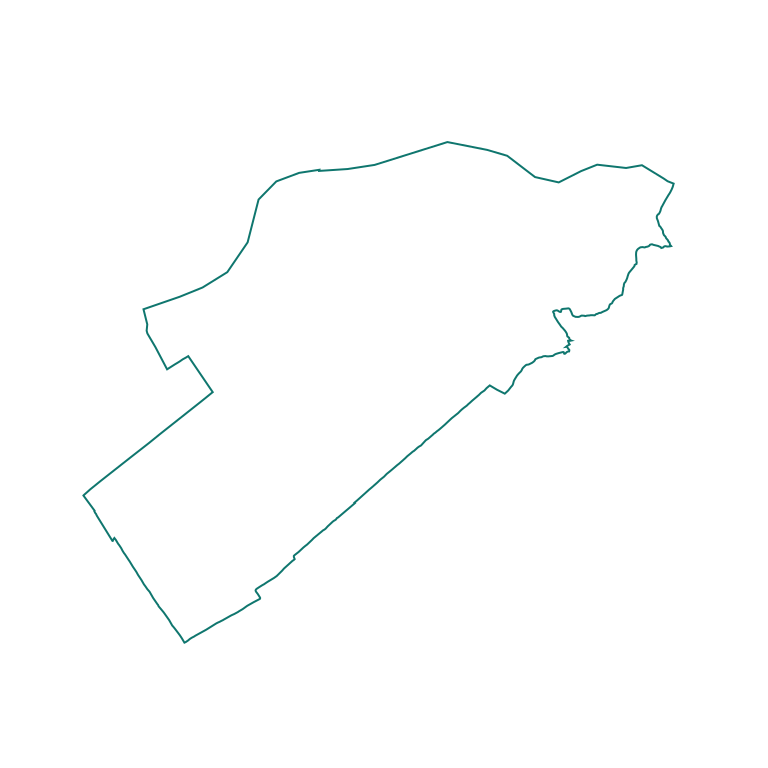 outline of Banesti, Prahova, Romania, rotated 83°
{"feature_id": "2599482B67789430920031", "entity_name": "Banesti", "entity_type": "district", "adm_level": 2, "iso_a3": "ROU", "parent_name": "Romania", "parent_adm1": "Prahova", "projection": "albers", "projection_center": [25.79, 45.09], "detail": "fine", "context": "isolated", "style": "outline", "palette": "teal", "viewbox_px": 768, "rotation_deg": 83, "n_neighbors": 0, "source": "geoboundaries", "source_scale": "gbopen_adm2", "svg_char_len": 6076}
<svg xmlns="http://www.w3.org/2000/svg" viewBox="0 0 768 768"><g transform="rotate(83 384 384)"><path d="M458.1,695.9L474.5,686.7L474.9,687.0L476.7,686.4L478.0,685.6L478.8,685.4L479.9,685.0L506.6,672.7L506.7,672.4L505.1,671.4L504.0,670.4L506.0,669.2L510.1,667.4L511.8,666.4L515.0,664.8L517.5,663.9L518.8,663.3L520.1,662.7L521.6,661.8L527.9,658.7L528.8,658.2L534.8,655.5L537.9,653.9L540.3,652.7L543.5,651.4L549.1,648.6L553.6,646.7L555.7,645.5L558.8,643.9L561.6,642.0L568.3,639.2L575.0,635.7L575.7,635.2L576.9,634.9L577.8,634.4L581.0,632.3L584.0,630.4L592.2,626.0L598.0,623.6L598.8,623.0L601.0,621.6L605.8,618.8L608.4,617.3L611.4,615.8L616.4,613.6L616.0,612.3L615.3,610.9L614.8,609.9L613.4,607.8L612.4,605.7L611.4,603.0L610.9,602.1L606.2,590.4L601.2,579.7L600.6,578.1L600.0,576.1L599.3,574.3L598.8,572.8L598.3,571.7L597.4,569.5L595.2,564.2L594.8,563.1L594.1,560.8L592.5,556.7L592.0,555.8L590.3,551.9L589.5,550.4L588.1,547.9L587.5,546.8L584.6,539.8L582.5,534.2L582.2,533.6L582.1,533.3L581.7,533.1L581.3,533.0L580.6,533.2L577.2,534.8L574.6,536.3L574.1,536.5L573.2,536.6L572.6,536.3L572.1,535.8L571.7,535.2L570.2,532.2L568.8,529.2L568.1,527.4L567.4,526.1L566.2,523.7L563.0,516.6L562.1,515.0L561.6,514.0L556.9,507.9L555.0,505.8L548.3,496.3L547.8,495.2L546.9,494.0L545.0,494.5L544.0,494.5L543.6,494.4L543.0,493.7L540.3,489.2L536.5,484.0L535.1,481.8L534.0,479.9L530.0,474.5L528.5,472.7L526.7,469.9L521.7,462.1L521.6,461.7L521.1,460.6L520.5,459.6L518.4,457.2L514.4,451.7L513.7,450.5L513.3,449.5L512.7,448.3L511.8,447.5L511.3,447.0L510.9,445.9L498.7,427.4L498.2,427.8L496.5,425.2L494.5,422.3L487.0,411.6L485.2,408.8L480.9,402.5L478.7,399.6L477.8,398.2L476.1,395.4L473.6,392.3L470.4,387.2L466.2,380.9L464.9,378.7L460.2,371.9L458.5,369.7L456.3,366.2L454.7,363.8L454.0,362.3L452.4,360.0L451.3,358.5L450.3,356.7L449.5,354.7L445.2,349.7L444.7,349.0L443.8,347.0L440.2,341.6L439.5,340.8L438.5,338.9L437.4,337.3L436.4,335.5L435.5,334.1L434.7,332.9L431.8,328.6L427.6,322.9L426.1,320.8L421.8,313.8L420.1,311.7L418.8,309.9L417.4,307.7L415.6,304.5L414.2,302.7L413.3,301.3L411.3,298.5L406.4,291.1L404.6,288.8L402.7,285.1L400.6,282.7L398.3,279.2L403.5,272.5L408.3,265.3L407.9,264.7L405.6,261.5L402.2,258.1L401.2,256.9L400.3,256.2L399.2,255.7L397.4,255.0L396.4,254.5L394.8,253.3L391.8,250.9L390.6,249.6L389.5,248.3L389.0,247.6L388.2,246.6L387.3,245.8L385.8,244.9L384.9,244.1L383.9,242.8L382.7,241.1L382.3,240.2L382.3,238.5L382.2,237.8L381.0,234.4L380.5,233.5L379.9,232.5L379.3,231.8L378.8,231.3L378.0,230.9L377.6,230.1L376.7,227.2L376.6,226.4L376.6,224.6L376.5,224.2L376.0,222.9L375.9,222.2L375.9,221.5L376.0,220.0L376.3,219.4L376.5,218.3L376.6,217.7L376.7,213.3L376.6,213.0L376.4,212.4L375.6,211.1L375.1,209.6L374.6,206.8L374.1,202.7L374.2,202.0L374.3,201.8L374.5,201.7L375.7,201.5L375.9,201.4L375.9,201.2L376.0,201.1L376.0,200.8L375.9,200.4L374.9,199.1L374.4,198.3L374.2,197.5L374.2,196.3L372.9,195.9L372.4,196.1L371.7,196.7L370.0,197.5L369.5,197.9L369.4,198.1L369.3,198.4L369.3,198.8L368.4,197.4L367.4,194.9L365.5,195.7L363.9,196.0L363.6,196.0L363.8,194.1L363.7,192.9L363.5,193.3L363.0,193.6L362.3,194.3L361.9,194.5L361.5,194.6L360.7,194.6L359.3,195.9L359.2,196.1L358.7,196.3L357.0,196.3L356.0,196.5L354.4,197.2L353.1,197.9L350.1,199.9L348.7,201.1L346.7,202.1L343.8,203.7L338.0,206.4L336.3,206.7L335.3,206.5L333.3,207.3L332.8,207.3L332.5,207.0L332.3,206.5L332.0,205.1L331.9,204.0L331.9,203.6L332.2,202.8L332.6,202.3L333.3,201.5L333.9,200.5L334.0,199.8L333.8,199.5L331.9,198.9L331.6,198.6L331.5,198.2L331.3,197.3L331.3,196.4L331.4,194.1L331.4,192.4L331.4,191.8L331.7,191.1L332.5,190.4L335.8,189.2L336.4,189.1L338.0,188.7L338.9,188.3L339.4,187.9L339.8,187.2L340.2,186.5L340.7,185.6L340.9,184.4L341.1,183.0L341.0,181.8L340.3,180.0L340.2,179.4L340.3,178.8L340.7,176.8L341.1,176.2L341.1,175.7L340.9,174.4L340.9,173.6L341.0,171.4L340.9,170.8L341.1,168.8L341.4,167.1L341.5,166.5L341.1,165.8L340.8,165.4L340.5,164.9L340.4,164.5L340.4,163.6L339.9,162.5L339.8,162.0L339.7,161.3L339.8,160.3L339.7,159.9L339.1,158.4L338.0,154.7L337.7,153.9L336.9,152.6L336.4,152.0L335.6,151.5L334.1,150.9L332.9,150.3L332.4,149.8L332.1,149.1L331.9,148.4L331.7,148.0L331.2,147.5L330.2,147.0L329.5,146.4L327.7,144.5L325.9,140.8L325.5,140.0L325.1,139.1L324.6,137.0L324.5,136.8L323.8,136.5L319.4,135.1L318.3,135.0L317.4,134.7L316.2,134.1L314.6,133.8L313.2,133.2L311.9,131.8L309.7,130.4L308.2,129.6L306.9,129.1L304.4,127.9L303.8,127.5L303.3,127.1L297.9,121.4L297.7,121.2L296.4,120.7L295.9,119.7L295.6,118.8L295.2,118.7L294.4,118.4L293.8,118.4L292.3,118.5L290.5,118.3L286.5,118.1L284.2,117.7L283.3,117.4L282.3,116.8L281.8,116.4L281.2,115.8L280.6,114.9L279.6,112.9L279.6,111.4L279.6,110.8L279.8,110.1L280.2,108.8L280.2,108.5L280.1,108.0L279.9,107.5L279.8,105.9L279.6,105.0L279.3,104.2L279.0,103.7L278.3,103.1L278.1,102.7L278.0,101.5L278.0,101.0L278.2,100.5L278.7,99.7L280.4,95.1L281.3,93.7L281.7,92.9L282.3,92.4L282.8,92.2L282.6,90.8L282.5,90.3L281.7,89.3L281.5,88.6L281.5,88.0L281.6,87.4L282.1,86.2L282.1,85.8L282.2,84.6L282.2,83.4L282.1,82.2L281.6,82.5L281.0,83.0L280.5,83.2L279.6,83.2L278.6,83.4L277.9,83.8L277.2,84.4L276.7,84.5L276.2,84.5L275.7,84.8L275.2,85.2L274.5,85.6L273.9,86.1L273.1,86.4L272.4,86.5L271.6,87.0L270.6,87.8L270.1,88.1L269.1,88.3L268.8,88.5L267.6,88.6L266.2,88.5L264.9,88.9L263.0,89.9L262.1,90.3L261.1,90.9L260.6,91.5L255.7,92.2L252.6,93.0L250.9,92.8L250.0,92.3L249.0,91.3L248.8,90.6L247.5,89.5L245.8,88.5L244.2,87.9L242.3,87.0L241.9,86.6L235.7,82.2L231.1,78.6L229.6,77.3L228.4,76.4L226.0,74.8L224.1,73.7L223.3,73.3L220.4,72.1L217.3,77.8L214.2,81.3L198.3,101.3L199.1,117.4L192.3,145.7L196.7,162.4L205.2,186.0L197.0,208.9L172.5,233.9L164.2,253.1L151.6,291.6L165.4,366.6L166.2,393.9L164.6,422.4L163.5,422.0L164.1,442.5L169.8,466.2L185.6,486.0L226.8,502.1L253.9,525.9L266.1,552.3L272.5,576.1L280.5,613.6L296.0,611.7L302.2,613.1L305.0,612.7L319.5,606.4L343.0,597.5L338.9,588.9L337.9,586.6L336.6,583.8L335.0,580.8L333.6,577.3L332.5,574.9L371.2,555.0L379.0,567.5L406.8,613.1L413.9,624.4L426.5,645.4L445.9,677.4L452.7,688.3L457.7,695.5L457.8,695.5L458.1,695.9Z" fill="none" stroke="#0f766e" stroke-width="2"/></g></svg>